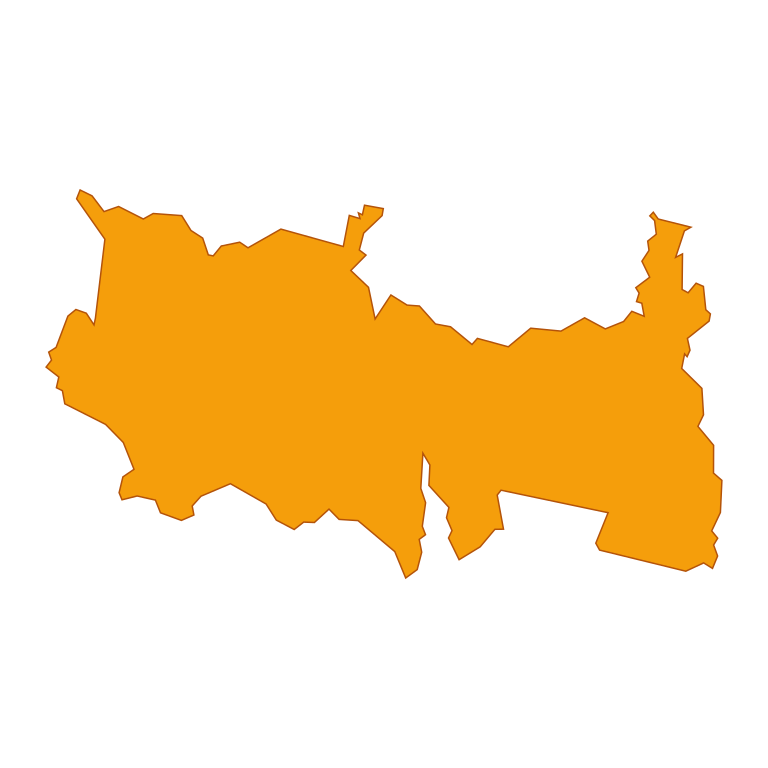 Tafí Viejo, Tucumán, Argentina (Natural Earth projection)
{"feature_id": "61730980B77291084066522", "entity_name": "Tafí Viejo", "entity_type": "district", "adm_level": 2, "iso_a3": "ARG", "parent_name": "Argentina", "parent_adm1": "Tucumán", "projection": "natural_earth1", "projection_center": [-65.4, -26.653], "detail": "medium", "context": "isolated", "style": "filled", "palette": "amber", "viewbox_px": 768, "rotation_deg": 0, "n_neighbors": 0, "source": "geoboundaries", "source_scale": "gbopen_adm2", "svg_char_len": 1916}
<svg xmlns="http://www.w3.org/2000/svg" viewBox="0 0 768 768"><path d="M682.5,253.9L675.6,257.4L684.4,230.9L690.9,227.2L658.2,219.0L653.3,212.2L649.8,215.9L654.6,220.6L656.3,234.2L647.7,241.1L649.0,250.4L641.9,261.2L649.7,277.2L635.8,287.7L639.1,293.1L636.5,301.6L641.8,303.2L644.2,316.3L631.8,311.3L623.6,321.5L605.3,328.9L584.6,317.8L561.0,331.1L530.7,328.2L508.3,346.8L477.4,338.4L472.0,344.5L450.6,326.8L435.5,324.0L419.4,306.0L407.1,305.1L390.9,295.0L375.1,319.0L368.5,287.3L350.8,270.5L366.0,255.1L359.3,250.0L363.7,233.1L382.1,215.6L383.3,208.6L364.5,205.2L362.4,214.8L358.4,212.9L360.0,218.6L349.3,215.4L343.3,246.5L280.9,229.1L248.0,247.8L239.7,242.2L221.3,246.0L213.2,255.9L208.3,254.9L202.7,238.1L191.0,230.5L181.7,215.6L153.2,213.5L143.3,219.0L118.6,206.5L104.0,211.6L92.1,195.9L80.1,190.0L76.6,198.8L104.9,239.2L95.4,318.3L94.0,324.9L86.3,313.2L75.9,309.5L67.9,316.1L56.1,347.4L48.7,352.1L51.5,360.1L46.1,367.1L58.8,377.0L56.4,387.7L62.4,390.7L64.8,403.8L105.6,424.4L123.3,442.5L134.0,469.3L122.9,476.9L119.1,492.7L122.0,499.8L137.1,496.0L155.4,500.1L160.5,512.8L181.4,520.4L193.9,515.0L192.2,506.0L201.0,496.2L230.4,483.7L266.1,504.0L276.3,520.1L294.2,529.5L303.7,522.1L314.4,522.5L329.0,509.1L339.1,519.4L358.0,520.6L394.8,551.6L405.7,578.0L417.2,569.6L421.7,552.2L419.2,539.4L425.5,534.7L422.3,526.3L425.6,502.7L420.8,488.4L422.9,453.2L429.9,465.0L428.9,485.4L448.9,507.4L446.5,517.7L452.0,530.6L448.5,538.0L459.1,559.7L480.2,546.8L494.9,529.3L503.5,529.2L497.2,495.1L501.0,490.2L608.1,512.7L595.8,543.2L599.6,550.1L685.8,571.2L703.6,562.9L712.5,568.4L717.6,556.0L713.6,545.0L717.7,538.2L711.7,530.9L720.4,512.5L721.9,480.4L713.5,473.1L713.6,445.3L697.9,426.4L703.5,414.8L701.9,388.4L681.7,368.5L684.6,353.9L687.1,356.7L690.0,350.2L687.4,338.4L709.1,321.1L710.4,313.9L705.8,309.7L703.4,286.4L696.1,283.2L688.1,292.8L682.1,289.5L682.5,253.9Z" fill="#f59e0b" stroke="#b45309" stroke-width="1.5"/></svg>